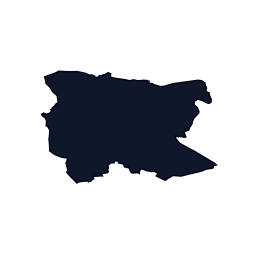 the district of Valle nor, Aust-Agder, Norway, rotated 199°
{"feature_id": "86288312B24572790615824", "entity_name": "Valle nor", "entity_type": "district", "adm_level": 2, "iso_a3": "NOR", "parent_name": "Norway", "parent_adm1": "Aust-Agder", "projection": "natural_earth1", "projection_center": [7.485, 59.169], "detail": "fine", "context": "isolated", "style": "filled", "palette": "ink", "viewbox_px": 256, "rotation_deg": 199, "n_neighbors": 0, "source": "geoboundaries", "source_scale": "gbopen_adm2", "svg_char_len": 5411}
<svg xmlns="http://www.w3.org/2000/svg" viewBox="0 0 256 256"><g transform="rotate(199 128 128)"><path d="M194.5,80.9L189.2,79.2L182.3,78.8L178.1,79.3L175.8,80.4L175.6,80.4L175.6,80.2L175.8,79.6L175.6,79.4L175.5,79.1L175.3,78.9L175.0,78.8L174.8,78.8L174.7,78.6L174.8,78.5L174.8,78.4L174.5,78.1L174.8,77.7L175.0,77.3L175.1,74.4L174.6,74.1L173.5,72.2L173.3,71.9L172.0,69.9L171.5,69.2L171.3,68.4L171.3,66.6L171.2,66.0L165.9,63.1L159.1,59.8L158.4,59.4L158.0,60.4L153.6,62.9L150.4,64.2L149.6,65.0L147.9,64.2L145.8,65.8L145.4,66.9L145.4,67.5L143.9,68.7L144.3,69.1L145.3,70.7L142.8,72.0L141.0,72.6L140.5,72.9L138.8,73.7L136.6,74.4L136.8,74.6L138.6,76.6L138.3,76.7L136.2,77.3L133.5,78.7L133.3,79.0L132.6,79.6L132.5,80.2L132.6,80.7L132.8,80.8L133.0,81.0L133.6,81.3L133.7,84.0L134.1,84.7L134.8,85.6L134.7,86.4L134.8,87.1L133.6,87.9L133.4,89.4L132.5,89.7L131.2,90.0L130.8,90.3L129.9,90.6L129.8,92.1L129.7,92.4L129.6,93.2L129.1,93.1L128.3,93.3L127.5,93.3L126.7,93.5L126.6,93.3L126.4,93.1L125.9,93.1L125.8,92.9L125.6,92.5L125.6,92.1L125.5,91.9L125.2,91.9L124.0,92.2L123.4,92.1L123.1,92.3L120.3,92.5L120.0,92.3L119.8,92.0L119.4,91.1L119.2,90.7L119.0,90.4L118.6,90.1L116.7,90.4L116.0,90.4L115.8,90.4L115.6,90.6L115.3,90.6L115.0,90.6L114.4,90.6L113.3,90.1L113.2,89.9L113.3,89.9L113.1,89.8L112.7,89.5L112.7,89.4L112.8,89.3L112.7,89.2L112.4,88.9L112.0,88.5L111.4,88.2L111.4,87.8L111.4,87.6L110.8,87.5L110.5,87.4L110.1,87.0L109.7,86.9L109.0,87.0L108.1,87.3L106.9,87.9L106.1,88.2L105.3,88.6L104.9,88.8L104.6,88.8L104.1,89.1L103.3,89.0L102.5,88.8L102.7,89.3L102.9,90.1L103.3,91.7L102.7,92.5L102.6,93.2L102.5,93.7L100.2,94.0L99.8,93.9L98.5,93.9L96.7,93.8L95.6,93.9L94.7,94.0L93.5,94.4L92.7,94.3L92.1,94.4L91.3,94.7L90.7,95.0L90.2,95.2L89.1,95.4L88.8,95.6L84.7,95.1L85.7,91.9L76.2,90.7L76.2,90.9L75.9,91.0L75.2,91.4L75.1,91.5L74.7,91.9L74.5,92.5L74.7,92.9L74.5,93.2L74.5,93.3L74.1,93.6L73.7,93.8L73.3,93.9L70.3,97.6L68.8,98.1L62.0,99.9L61.9,100.0L61.7,100.2L55.9,104.0L46.5,109.9L42.2,113.0L42.1,113.4L41.7,113.9L41.1,114.4L36.2,116.9L34.8,117.8L34.6,118.4L34.8,118.9L35.0,119.7L34.6,120.4L32.5,121.8L34.8,122.8L55.4,127.1L57.7,127.6L61.2,128.1L61.5,128.1L74.3,130.3L79.0,133.2L80.7,135.7L80.5,135.8L80.1,136.1L79.4,136.3L78.5,136.0L77.5,136.0L77.3,136.2L77.2,136.4L76.3,137.0L75.7,137.0L74.8,137.4L74.3,137.4L72.9,137.4L71.2,137.9L70.5,138.3L70.8,138.9L73.4,141.9L73.5,142.5L73.4,143.0L73.1,143.3L70.0,145.9L69.9,146.8L70.1,148.8L69.2,151.1L68.9,152.8L69.4,155.3L68.8,159.2L67.2,162.8L66.6,163.7L66.2,165.1L66.1,165.6L66.2,165.8L66.3,166.0L66.2,166.2L66.3,166.5L67.3,167.6L68.9,169.5L70.8,170.6L72.8,171.4L73.3,171.8L73.6,172.8L73.7,173.6L73.8,173.9L74.0,174.0L74.3,174.2L74.4,174.3L74.8,175.0L74.6,175.5L74.2,175.7L73.1,175.7L72.9,175.9L72.7,176.2L72.5,176.9L72.5,177.1L72.5,177.3L72.9,178.0L72.7,178.2L72.3,178.3L71.3,177.8L70.2,178.1L66.6,178.3L64.4,177.9L63.3,177.8L62.8,177.6L62.3,177.6L62.1,177.5L61.1,177.5L59.9,177.6L59.3,177.8L59.0,178.3L58.2,178.9L58.0,179.7L58.1,180.2L58.4,181.2L58.7,182.2L62.4,186.2L62.3,186.4L62.4,186.5L62.7,187.6L63.0,187.8L63.4,187.7L63.6,187.5L64.4,187.6L65.0,187.5L65.4,187.7L66.4,188.7L66.7,189.0L66.8,189.6L67.0,189.8L67.0,190.1L66.8,190.5L66.7,190.8L66.9,191.2L67.1,191.6L67.1,191.9L67.3,192.3L68.3,192.1L68.6,192.4L68.7,192.6L69.0,192.9L69.0,193.2L68.7,193.3L68.6,193.7L69.0,193.9L69.1,194.2L69.5,194.2L69.5,194.3L69.9,195.3L70.0,195.5L70.1,195.8L70.4,195.8L71.3,195.8L71.5,196.0L73.8,196.6L77.4,195.9L99.7,184.6L103.2,182.2L107.3,179.1L111.2,177.6L119.1,177.3L119.2,177.9L120.0,177.7L120.7,177.6L121.5,177.4L122.6,177.5L124.1,177.1L124.0,177.4L124.2,177.6L124.3,177.7L124.3,177.8L124.5,177.8L124.6,178.0L124.4,178.1L124.2,178.0L123.8,178.2L123.8,178.5L123.6,178.6L123.7,178.8L123.6,179.0L124.1,178.9L124.5,178.6L124.9,178.7L125.0,178.8L125.1,179.0L125.9,178.9L126.0,178.8L126.7,178.9L127.1,178.5L127.3,178.2L127.4,177.9L127.6,177.8L128.0,177.8L128.0,178.1L128.3,178.3L128.5,178.3L128.6,178.1L128.8,178.1L134.4,175.7L135.1,175.6L136.2,175.6L136.6,175.5L137.0,175.6L137.3,175.5L137.6,175.4L138.0,175.3L138.3,175.2L139.0,175.1L139.4,174.9L139.6,174.4L139.8,174.3L139.8,174.2L140.1,174.0L140.4,174.0L140.4,173.3L141.0,173.4L141.7,173.4L141.8,173.3L142.0,173.1L145.5,172.8L150.0,172.0L152.7,171.4L158.3,170.5L159.4,170.5L161.0,170.5L161.4,171.0L162.4,171.9L162.4,172.1L161.8,172.5L162.0,172.9L162.2,173.3L162.1,173.6L164.8,173.8L166.0,172.4L167.1,171.3L167.8,170.1L168.1,170.3L168.8,170.4L169.3,168.9L171.7,168.4L173.5,165.5L176.2,165.3L176.3,166.1L177.6,166.0L178.5,166.4L180.6,165.9L181.9,165.4L186.0,165.8L192.0,165.1L194.6,164.7L200.0,162.7L204.9,161.1L211.9,159.1L214.2,156.6L223.5,149.1L222.0,147.1L219.9,143.5L215.2,141.4L213.8,140.2L211.5,138.2L208.5,136.7L205.2,135.5L204.9,134.3L203.3,131.5L202.5,129.6L202.2,128.5L202.5,128.6L202.9,128.6L203.0,128.4L203.1,128.2L203.3,128.0L203.4,127.7L203.8,127.5L204.5,125.0L205.5,123.6L206.2,122.0L206.0,121.3L206.5,120.6L206.9,120.3L206.7,120.2L206.5,119.9L206.4,119.8L205.7,119.3L205.6,119.2L206.4,117.8L206.5,117.1L206.9,116.4L207.7,115.9L208.8,114.9L210.0,114.4L212.7,114.6L214.0,112.7L213.4,112.1L212.5,111.6L211.1,111.1L210.4,111.0L209.7,110.6L208.8,110.2L208.6,109.6L208.0,109.1L207.3,108.3L206.6,105.9L206.2,104.3L206.1,104.2L206.3,103.9L206.2,103.6L205.9,103.4L205.5,103.4L204.8,103.5L204.7,103.4L204.1,103.4L204.3,103.2L201.2,100.6L199.3,93.5L199.1,91.9L196.8,86.9L194.5,80.9Z" fill="#0f172a" stroke="#020617" stroke-width="1.5"/></g></svg>